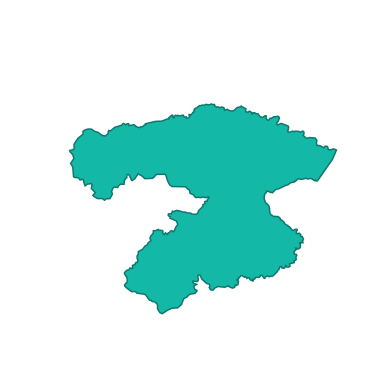 the district of Bafing, Bafing, Ivory Coast, rotated 305°
{"feature_id": "98640826B37750272367318", "entity_name": "Bafing", "entity_type": "district", "adm_level": 2, "iso_a3": "CIV", "parent_name": "Ivory Coast", "parent_adm1": "Bafing", "projection": "albers", "projection_center": [-7.651, 8.455], "detail": "fine", "context": "isolated", "style": "filled", "palette": "teal", "viewbox_px": 384, "rotation_deg": 305, "n_neighbors": 0, "source": "geoboundaries", "source_scale": "gbopen_adm2", "svg_char_len": 6099}
<svg xmlns="http://www.w3.org/2000/svg" viewBox="0 0 384 384"><g transform="rotate(305 192 192)"><path d="M179.2,67.9L176.8,69.6L170.8,67.8L164.4,67.9L162.8,68.3L160.7,70.3L158.8,70.7L155.9,68.0L155.0,69.1L154.2,72.9L151.7,76.0L145.7,76.2L144.1,80.0L136.6,86.2L136.6,87.4L138.5,90.9L137.7,93.5L139.9,95.3L139.5,96.3L137.9,97.8L135.7,100.9L138.1,101.6L141.0,104.5L140.7,105.9L137.1,107.6L136.0,113.1L132.5,112.7L132.1,113.8L132.4,118.3L135.2,122.3L135.1,125.1L137.3,125.7L139.5,128.6L144.7,128.0L146.3,125.8L149.5,125.1L151.4,125.3L153.1,128.6L155.1,128.3L157.4,129.0L159.3,131.9L162.4,130.1L164.8,129.9L166.3,130.4L167.9,129.1L169.2,129.1L169.7,129.6L169.7,131.2L166.9,135.8L167.0,136.4L170.2,137.6L176.1,137.4L175.9,138.6L176.5,140.9L175.9,145.8L180.3,151.5L181.7,152.3L186.0,152.8L191.1,159.7L190.6,161.1L187.0,165.9L185.0,169.7L185.0,172.5L192.0,182.8L192.6,184.4L192.0,186.3L192.1,188.8L189.8,191.2L190.6,195.2L189.7,196.6L189.6,198.3L191.2,200.0L192.2,202.2L194.2,203.8L195.2,206.5L197.4,208.3L197.3,208.9L195.5,209.2L194.8,208.9L193.2,209.8L192.4,208.5L191.3,208.0L189.8,209.2L187.8,208.2L186.5,209.2L180.5,208.1L177.8,208.9L176.2,208.4L173.8,204.4L173.9,202.8L172.0,200.0L171.9,198.4L170.3,196.1L169.9,194.1L168.1,189.9L165.7,188.5L165.1,187.0L162.3,187.5L160.6,185.3L159.5,185.6L158.9,187.1L159.3,188.3L157.9,189.0L159.3,195.5L157.8,198.3L156.9,199.0L154.4,198.8L150.3,199.7L148.8,199.6L148.5,198.9L148.8,197.7L147.6,196.7L146.1,196.8L144.7,196.0L143.2,196.4L143.3,193.6L141.2,193.8L141.0,193.0L141.6,191.5L143.0,190.9L143.5,189.8L141.8,187.0L142.0,185.8L139.5,184.4L138.1,182.5L135.9,183.9L132.3,183.5L129.9,184.1L128.8,186.2L125.0,185.2L123.1,185.7L120.7,184.5L116.9,184.4L112.4,182.2L110.0,183.7L108.0,183.7L106.1,185.2L105.3,186.7L103.0,187.6L101.9,186.4L99.4,186.9L98.4,185.6L97.6,185.4L95.8,187.0L95.0,187.1L94.3,184.8L91.8,184.8L90.4,183.4L87.4,183.0L86.3,183.5L84.5,188.1L81.2,190.5L77.3,190.0L76.3,191.0L75.9,193.3L75.7,199.6L78.0,202.8L77.5,204.8L80.8,211.3L81.1,213.3L79.0,219.1L79.7,221.0L79.4,222.2L80.6,224.2L80.3,227.6L79.0,229.1L76.6,230.7L74.8,234.8L75.2,237.4L81.6,240.0L85.4,242.3L88.8,246.7L94.0,247.9L99.7,246.4L103.3,248.2L105.3,248.2L107.9,249.6L110.5,252.5L113.4,252.9L114.2,252.5L113.9,250.1L115.0,248.3L116.3,247.6L119.0,248.8L118.3,246.0L118.5,244.5L119.5,243.9L121.5,247.5L122.8,247.9L124.1,247.3L125.9,245.3L127.6,244.7L128.6,245.9L126.2,250.4L125.5,256.2L126.3,259.4L125.2,260.6L123.7,260.8L122.7,262.7L122.7,263.9L123.8,265.6L126.2,265.7L129.4,267.4L132.8,273.5L136.1,275.7L135.7,276.9L136.5,280.3L138.3,281.6L140.3,280.8L140.6,281.7L141.5,281.7L142.1,282.7L142.6,282.7L145.7,281.2L145.8,279.2L146.9,279.9L148.3,279.2L148.3,279.7L151.7,280.2L152.2,280.9L152.3,283.8L153.4,284.4L152.7,286.6L153.6,286.8L154.6,288.6L153.5,289.8L153.9,292.8L154.6,293.1L155.3,292.1L156.7,293.3L158.7,293.1L160.3,295.8L161.8,296.3L163.0,295.8L163.8,297.3L162.7,300.6L163.0,301.2L163.9,300.6L166.0,301.6L166.8,302.6L166.8,303.9L168.1,304.6L168.9,306.1L170.1,306.5L175.4,307.6L177.3,307.2L178.4,307.7L181.3,306.7L182.2,308.0L181.3,308.8L182.1,310.9L183.1,311.5L185.5,310.9L184.9,312.7L186.0,314.3L187.4,314.9L189.4,313.1L192.6,316.2L193.4,316.1L194.1,315.0L195.7,316.0L196.7,316.0L198.1,314.4L200.1,314.3L200.8,313.2L200.0,312.2L200.0,311.4L201.7,309.8L204.4,310.3L205.2,308.9L206.1,309.9L205.7,311.1L206.8,312.1L208.5,312.5L209.7,312.1L210.9,310.7L212.5,310.6L212.0,309.5L212.3,309.2L214.2,312.0L215.2,310.4L216.8,310.7L218.2,309.0L218.7,307.6L218.2,307.2L218.1,306.1L219.5,305.5L219.8,303.4L218.5,302.5L217.9,301.3L219.5,300.1L221.3,300.1L221.6,299.3L220.4,297.7L218.6,297.2L218.2,296.5L219.4,291.8L219.1,290.5L219.6,289.6L219.2,288.8L219.3,285.7L219.9,285.1L220.4,283.0L220.5,281.7L219.9,280.4L220.8,279.7L221.2,278.2L221.2,276.2L220.2,275.4L219.9,274.2L218.6,272.8L218.9,271.4L218.6,269.5L219.4,267.9L223.0,264.9L224.7,262.9L225.4,260.2L225.3,258.7L228.1,254.7L231.6,252.9L234.7,253.1L235.7,252.7L236.6,255.3L236.5,256.4L237.1,256.9L237.5,258.3L241.4,259.0L243.0,259.8L244.5,261.3L250.9,264.8L253.0,266.5L256.0,267.4L259.0,270.2L259.9,269.9L260.4,270.7L263.6,271.2L265.5,274.9L268.4,277.2L268.9,279.1L271.4,281.8L271.6,285.6L271.9,286.4L272.7,286.5L272.4,287.4L273.1,288.4L299.2,288.3L309.2,286.3L308.7,283.5L305.5,280.8L305.1,279.3L306.7,277.3L306.9,276.5L305.9,274.8L303.9,274.7L303.3,270.1L301.9,267.6L303.0,266.2L305.9,264.6L306.9,262.0L304.1,257.2L302.0,255.5L301.6,254.4L302.2,250.6L304.3,250.2L305.6,248.7L305.2,247.5L303.3,246.8L302.9,244.7L301.2,241.9L299.9,241.0L299.7,239.6L298.1,238.7L296.3,236.8L296.4,235.8L300.4,234.1L301.2,232.9L299.4,225.8L295.9,223.5L296.1,222.6L297.1,221.9L299.3,222.1L302.5,221.2L303.2,220.5L303.3,218.7L302.0,217.8L300.3,215.7L297.8,214.6L297.0,213.6L294.9,213.7L294.3,212.9L294.7,210.3L296.9,209.3L296.5,208.2L294.0,207.2L293.2,206.5L292.8,204.0L293.9,201.5L293.0,199.6L292.8,197.7L292.1,196.9L289.8,196.3L291.4,195.9L291.2,192.7L289.4,192.1L288.6,190.1L289.1,189.4L291.1,188.3L290.5,184.4L290.7,183.1L289.1,182.4L287.0,180.5L282.5,179.6L281.3,178.3L280.1,175.9L279.9,173.4L277.8,171.9L277.9,171.2L279.1,170.3L279.2,169.1L278.7,167.6L277.1,166.5L276.7,164.6L275.8,164.0L275.6,161.2L276.5,160.4L276.5,159.9L275.5,159.0L275.2,157.3L273.1,156.0L272.0,153.5L271.2,152.7L270.1,152.3L269.0,150.4L268.0,149.9L266.9,148.5L263.7,147.6L261.2,146.3L260.5,147.2L259.6,147.0L258.6,147.7L257.9,147.1L254.9,147.1L253.9,145.2L253.2,145.5L253.1,146.6L252.7,146.6L250.9,146.7L249.8,145.9L249.4,144.5L250.2,144.3L249.0,142.3L249.9,140.8L248.7,139.4L248.3,139.5L246.9,137.6L246.7,136.3L245.8,135.8L245.3,134.3L243.6,134.3L242.7,134.8L242.1,133.5L243.8,132.3L243.4,131.4L239.6,130.4L238.8,131.2L237.5,129.8L232.6,126.5L229.1,121.8L222.2,115.6L221.0,114.8L220.7,115.5L220.1,114.9L216.7,113.8L216.1,113.2L216.1,112.5L214.5,112.0L213.4,108.5L213.8,108.2L213.9,105.9L210.2,102.3L211.3,101.4L211.5,100.6L210.6,99.7L209.1,99.2L208.9,96.5L207.7,96.0L206.5,96.2L200.6,91.6L195.4,90.2L194.6,88.5L193.2,88.8L191.7,89.9L188.1,88.8L186.8,86.0L187.0,80.9L185.8,77.2L185.9,73.7L183.9,70.6L181.2,68.7L179.2,67.9Z" fill="#14b8a6" stroke="#0f766e" stroke-width="1.5"/></g></svg>